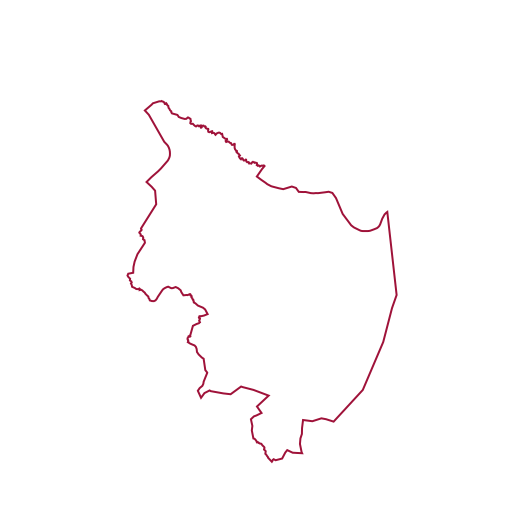 outline of Biu, Borno, Nigeria, rotated 52°
{"feature_id": "59680162B23952502219543", "entity_name": "Biu", "entity_type": "district", "adm_level": 2, "iso_a3": "NGA", "parent_name": "Nigeria", "parent_adm1": "Borno", "projection": "albers", "projection_center": [12.028, 10.829], "detail": "fine", "context": "isolated", "style": "outline", "palette": "rose", "viewbox_px": 512, "rotation_deg": 52, "n_neighbors": 0, "source": "geoboundaries", "source_scale": "gbopen_adm2", "svg_char_len": 6013}
<svg xmlns="http://www.w3.org/2000/svg" viewBox="0 0 512 512"><g transform="rotate(52 256 256)"><path d="M302.1,125.4L302.1,126.6L302.4,129.1L304.3,133.5L307.5,138.7L307.8,139.4L308.2,140.3L308.4,141.3L308.5,142.3L308.5,143.2L308.5,143.5L307.6,146.7L306.4,150.4L305.8,151.6L305.2,152.5L301.9,156.7L300.9,157.7L299.7,158.4L294.1,161.1L293.2,161.4L290.4,162.1L276.2,161.8L259.6,157.3L253.3,157.0L250.1,159.2L248.4,162.2L244.8,168.2L243.2,170.2L242.0,172.1L240.2,174.1L236.2,177.4L234.6,179.5L231.8,182.8L227.0,182.6L223.3,185.0L220.1,193.4L216.8,196.2L211.3,200.4L210.3,201.1L206.3,202.9L204.2,203.4L199.1,205.0L193.9,206.4L191.2,197.7L190.2,193.1L189.9,194.2L189.1,194.5L188.8,195.4L188.1,196.1L187.9,197.7L187.4,197.6L186.2,198.2L186.2,199.0L184.8,199.4L184.4,198.6L184.0,198.5L183.5,198.1L183.1,198.1L182.6,198.6L182.1,198.9L181.8,199.6L181.3,199.5L180.8,199.9L180.5,200.4L179.9,200.5L179.8,201.3L180.3,202.8L179.8,203.1L179.2,204.0L178.8,204.5L178.3,204.3L178.0,204.0L177.5,204.0L177.1,204.4L176.7,205.2L175.7,205.4L174.6,204.9L174.0,204.5L173.7,204.7L173.7,205.0L173.8,205.4L173.7,206.1L173.3,206.8L172.5,206.9L171.8,206.7L171.0,206.6L170.3,206.8L170.3,207.7L170.5,208.3L169.3,208.5L168.0,208.4L166.9,208.1L166.9,207.6L166.9,206.8L164.6,206.8L163.9,207.2L162.1,207.3L162.1,206.8L161.4,206.4L161.0,206.8L159.1,206.8L157.7,206.3L155.8,204.9L155.0,204.0L154.5,203.8L154.2,204.2L154.5,204.9L154.4,205.3L153.7,206.5L153.2,206.6L152.3,206.3L151.6,206.2L150.9,206.8L149.9,207.0L149.1,207.1L148.6,207.6L148.0,208.5L147.8,209.3L147.1,209.3L146.6,209.0L146.7,208.2L146.3,207.6L146.4,207.1L145.8,206.8L145.3,207.5L144.3,208.2L143.2,208.4L141.8,208.9L138.9,207.5L138.5,208.3L137.4,208.5L136.9,208.5L136.0,209.1L135.6,209.9L135.5,210.7L135.2,211.5L135.6,213.3L135.0,213.4L134.5,213.2L133.8,213.2L133.3,213.3L132.7,213.8L132.1,215.0L131.8,214.8L131.4,214.1L130.7,213.7L130.3,214.4L130.2,215.2L129.9,216.3L129.4,216.8L128.7,217.1L127.6,216.5L127.0,215.7L126.4,215.4L125.1,216.6L124.2,216.8L123.3,216.1L122.7,216.1L122.5,216.8L122.0,217.0L121.1,217.0L120.7,217.3L120.4,218.2L120.4,218.7L121.2,219.5L121.2,220.1L121.0,220.4L119.9,220.1L119.6,219.8L119.6,219.2L119.2,219.0L118.9,219.5L118.6,220.4L118.6,221.1L117.5,221.3L117.0,221.9L117.1,222.8L117.0,223.5L116.2,223.9L114.9,224.2L112.9,224.4L111.9,225.8L110.9,226.0L110.0,225.1L109.7,224.2L108.6,223.8L107.5,223.2L106.7,223.6L105.6,223.9L104.9,224.3L104.9,225.2L105.0,226.4L104.1,227.8L101.3,229.9L98.8,231.3L97.6,231.1L96.4,231.1L91.9,234.4L90.7,234.3L89.9,233.7L88.3,234.0L86.4,233.6L85.5,233.7L84.3,233.1L83.7,232.7L83.2,232.8L82.6,233.1L82.1,232.9L81.3,232.7L80.4,232.7L80.5,233.8L80.2,234.2L79.6,234.2L79.3,233.8L78.6,233.7L78.1,233.9L77.4,234.0L77.0,234.4L76.5,234.7L75.8,234.9L75.7,235.5L74.5,237.1L72.2,243.2L72.5,245.1L72.9,254.0L78.7,253.5L109.5,258.0L113.5,257.6L115.0,257.6L117.0,258.0L119.0,258.7L120.7,259.6L122.4,260.8L124.0,262.2L125.1,263.7L126.2,265.9L126.6,267.1L128.5,277.0L129.0,281.0L129.3,286.8L129.5,290.1L130.3,296.7L137.2,295.6L142.4,295.3L153.8,302.8L163.5,329.7L164.2,330.0L164.7,329.9L165.2,330.4L165.4,332.9L165.8,333.6L167.9,333.5L168.6,333.9L169.0,334.4L170.2,333.4L170.8,333.2L172.4,333.7L172.7,334.2L173.2,334.7L174.3,334.4L174.9,334.1L177.2,335.4L181.6,348.3L185.7,355.1L189.2,359.3L193.6,363.1L191.3,367.6L192.3,369.3L193.9,369.5L196.4,369.2L197.6,370.4L199.3,369.9L200.4,370.3L200.6,371.4L202.4,371.8L204.0,372.6L206.6,371.2L208.3,370.7L209.6,369.2L209.8,367.9L210.8,367.8L211.3,368.5L211.9,367.3L213.1,366.8L214.7,366.6L216.4,366.2L217.6,366.4L220.3,366.1L221.6,365.8L222.9,366.5L224.3,366.5L225.6,367.0L227.4,365.8L228.7,364.3L229.1,362.6L228.7,360.7L227.7,358.4L225.3,351.0L225.0,349.6L225.1,347.9L225.5,345.8L226.1,344.1L229.2,342.6L230.1,341.3L231.0,338.4L233.4,337.2L236.6,336.5L238.6,337.1L242.3,337.4L244.0,334.7L244.7,334.0L245.3,331.6L245.6,331.3L246.0,331.3L246.2,331.6L246.5,331.9L247.0,331.9L247.4,331.7L247.6,331.4L248.1,331.4L248.3,331.6L248.8,332.3L249.9,332.3L250.3,332.2L250.6,332.5L251.2,332.6L251.7,332.7L252.0,332.4L252.3,332.5L252.9,332.9L253.3,333.0L253.5,333.0L253.8,333.4L254.4,333.6L255.9,332.9L259.3,332.3L264.1,329.6L266.8,329.0L272.0,329.9L270.9,333.7L269.5,336.6L268.9,337.1L268.7,337.6L269.0,337.8L269.1,338.1L269.1,338.6L269.2,338.8L269.7,338.9L269.8,339.0L270.0,339.0L270.4,338.6L270.7,338.6L270.9,338.7L271.7,339.9L271.7,340.3L271.8,340.5L272.1,340.7L272.7,340.8L273.1,340.8L273.7,341.0L273.6,341.4L273.8,342.1L273.8,342.4L273.0,344.7L272.2,348.7L278.0,356.6L277.9,357.2L278.1,357.2L278.3,356.9L278.5,357.0L278.7,357.4L278.9,357.4L278.9,357.6L278.7,357.7L278.6,357.8L278.4,357.6L278.4,357.8L278.3,358.0L278.5,358.3L278.5,358.5L278.4,358.8L278.2,358.9L278.0,359.0L278.5,359.8L278.6,360.5L279.2,361.0L279.7,361.3L280.2,361.2L280.7,361.6L280.8,361.5L281.1,361.7L281.4,361.7L281.6,361.9L281.7,362.1L281.8,362.1L282.0,362.7L284.5,361.8L286.9,360.5L288.6,359.5L290.5,359.3L292.7,360.0L295.3,361.6L298.3,361.8L302.7,361.2L304.7,360.5L314.7,366.2L317.5,366.2L318.0,366.3L322.8,374.6L324.3,376.2L325.3,378.2L325.4,381.7L326.4,384.8L333.9,386.6L332.3,381.0L333.4,375.3L334.6,374.9L344.2,366.3L349.3,361.1L349.7,348.1L351.0,347.3L360.0,340.4L373.8,332.0L375.2,347.9L383.1,348.3L381.9,353.9L381.1,356.4L381.5,360.5L387.7,363.5L390.9,366.7L398.2,370.4L399.1,369.7L399.7,369.6L401.7,369.5L402.9,369.9L403.5,370.0L403.7,369.6L403.7,369.2L404.1,369.0L404.7,368.8L405.0,369.0L405.2,368.9L405.7,368.6L406.2,368.4L406.4,368.1L407.3,367.4L408.1,367.5L409.3,367.5L409.9,367.4L411.3,367.2L411.9,367.2L412.5,367.5L413.1,368.5L413.4,368.8L413.9,368.8L415.1,368.5L415.5,368.5L416.0,368.7L416.9,369.7L417.6,370.4L418.1,370.4L418.7,370.2L420.1,370.4L422.0,370.4L422.3,370.7L427.9,370.2L427.5,369.0L427.0,368.3L427.0,367.2L429.0,366.3L431.7,360.1L428.9,353.9L428.2,350.9L433.6,348.2L439.8,341.1L438.6,340.8L431.2,337.1L427.1,333.3L424.5,329.4L420.0,325.7L414.2,319.9L420.9,313.3L424.2,304.4L427.7,301.3L434.3,296.8L427.3,254.3L402.1,208.7L380.8,180.9L373.3,169.2L302.1,125.4Z" fill="none" stroke="#9f1239" stroke-width="2"/></g></svg>